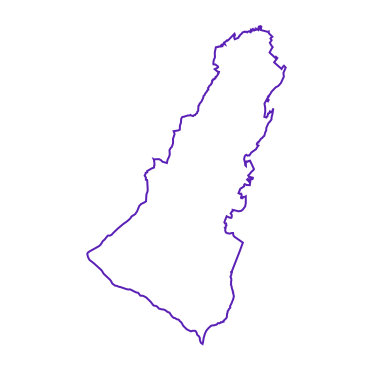 Asuaju De Sus, Maramures, Romania (Natural Earth projection), rotated 260°
{"feature_id": "2599482B13284448425950", "entity_name": "Asuaju De Sus", "entity_type": "district", "adm_level": 2, "iso_a3": "ROU", "parent_name": "Romania", "parent_adm1": "Maramures", "projection": "natural_earth1", "projection_center": [23.177, 47.572], "detail": "fine", "context": "isolated", "style": "outline", "palette": "violet", "viewbox_px": 384, "rotation_deg": 260, "n_neighbors": 0, "source": "geoboundaries", "source_scale": "gbopen_adm2", "svg_char_len": 6071}
<svg xmlns="http://www.w3.org/2000/svg" viewBox="0 0 384 384"><g transform="rotate(260 192 192)"><path d="M330.4,240.6L325.2,238.6L320.7,238.0L318.0,236.3L314.9,235.3L314.0,235.3L313.5,237.2L311.1,239.4L310.4,239.4L309.8,238.4L309.0,235.7L306.1,238.1L305.6,239.4L304.5,238.9L304.5,238.5L304.0,238.1L303.4,238.1L301.7,236.4L301.4,235.5L301.0,235.6L300.7,235.0L299.8,234.7L299.8,233.9L299.2,233.5L299.4,232.6L298.9,232.0L298.4,231.9L298.4,231.4L297.9,231.0L296.2,230.8L295.6,229.9L294.7,229.6L293.2,227.2L292.0,226.5L291.6,225.8L290.0,225.9L289.2,224.5L288.3,224.0L286.9,222.3L285.3,221.2L284.5,220.0L282.8,219.4L279.4,217.0L277.5,214.7L276.5,214.3L276.3,213.8L275.7,213.6L275.5,213.2L271.3,212.3L270.4,211.8L270.0,211.1L268.8,210.7L268.2,209.4L267.2,208.4L267.3,207.6L267.0,206.8L266.6,206.4L267.5,204.5L268.1,203.9L267.8,203.4L268.1,201.1L267.8,199.6L267.8,198.4L267.5,197.5L267.6,195.6L267.0,194.9L266.0,194.1L261.8,193.0L259.7,191.7L255.5,190.8L255.0,189.0L255.1,184.5L253.2,184.9L251.8,184.8L247.6,182.5L244.7,182.1L242.9,181.6L240.0,180.0L239.0,178.6L237.1,177.1L232.7,176.6L230.3,175.3L228.1,173.6L224.9,172.3L227.0,168.1L228.6,167.1L230.0,165.4L230.6,161.9L230.4,160.9L231.1,159.9L230.2,160.1L227.0,160.0L224.6,159.6L224.1,159.1L222.7,158.9L222.1,156.0L221.1,153.4L220.4,151.5L219.1,151.3L218.9,149.7L217.8,149.3L216.3,148.2L214.4,149.1L212.1,148.7L211.7,149.8L211.2,149.9L202.1,148.8L200.2,148.3L197.6,146.7L190.8,145.1L190.1,143.6L189.0,139.8L187.5,137.7L182.7,134.7L180.1,132.3L178.4,128.2L176.6,126.5L174.5,123.2L172.4,118.7L169.0,112.8L165.4,107.4L163.9,105.5L163.3,103.6L163.7,101.8L163.5,101.3L160.2,97.5L159.1,95.6L156.1,93.0L154.9,91.2L151.3,80.8L150.2,78.7L149.1,78.1L145.9,78.3L142.9,79.3L138.7,83.1L130.5,89.4L126.7,90.9L119.9,96.0L117.9,97.0L116.1,97.4L115.0,98.2L113.1,100.1L112.7,101.4L111.3,103.7L110.7,105.2L107.8,110.5L107.0,112.4L106.9,114.1L103.2,119.0L102.5,120.3L102.1,121.5L98.9,123.1L98.3,125.7L96.1,128.6L91.1,132.2L86.9,134.4L86.0,136.8L85.0,137.9L83.0,139.1L81.8,141.5L81.1,143.9L79.8,145.6L78.1,147.1L77.2,148.8L73.3,150.5L72.0,151.4L71.1,152.3L71.0,153.1L69.7,154.5L69.1,155.3L68.9,156.2L68.1,157.1L67.0,157.5L65.4,158.9L61.6,160.2L57.7,163.0L55.0,166.6L55.2,168.2L54.9,170.5L54.4,171.4L53.1,172.0L50.3,172.4L48.8,173.7L47.2,174.3L44.6,174.1L41.9,174.6L40.5,176.0L41.7,176.6L46.1,178.1L50.0,180.0L52.8,181.9L55.1,184.6L56.9,187.5L57.1,189.5L56.8,190.6L57.1,191.8L57.1,193.0L57.4,193.7L58.2,194.4L58.3,195.4L57.9,196.4L58.8,197.9L58.4,198.6L58.7,199.3L58.8,200.6L59.6,200.6L61.2,203.1L62.5,204.5L66.1,205.4L66.7,205.9L68.5,206.5L69.1,207.3L70.0,207.7L70.4,208.2L71.4,209.6L73.0,209.7L75.5,211.6L79.6,214.1L82.0,215.1L83.7,215.1L85.4,214.9L86.1,215.2L86.7,214.8L88.1,215.0L89.4,214.6L93.2,214.5L94.0,214.2L95.2,214.7L96.9,214.8L98.0,215.4L100.2,215.6L101.9,215.2L103.4,216.2L104.6,216.7L106.3,216.6L106.3,217.5L107.3,217.7L125.9,229.0L133.3,233.3L140.8,225.8L142.2,225.2L144.5,225.3L144.7,224.0L144.5,221.8L145.4,219.4L146.4,218.3L148.3,218.0L150.0,218.5L151.0,218.2L151.1,219.0L152.8,219.4L153.1,220.1L153.5,220.1L155.1,220.1L155.3,219.0L156.6,218.6L162.1,221.9L160.4,224.3L159.7,225.9L159.8,226.3L160.3,226.7L162.6,227.2L164.1,226.3L165.7,227.7L165.8,228.5L167.4,228.9L164.9,234.5L164.9,237.2L165.8,238.9L168.5,241.8L171.6,243.0L178.4,244.2L178.0,243.2L178.2,242.6L178.1,241.5L177.5,241.1L177.1,240.5L177.4,239.4L178.3,239.3L179.6,240.2L181.0,240.4L181.9,239.9L181.7,239.5L181.8,238.9L182.8,237.6L183.3,238.1L184.5,238.6L185.0,239.2L186.1,239.5L186.9,240.3L188.5,244.3L190.2,244.7L190.6,245.4L189.4,247.0L188.7,250.1L191.9,251.1L192.2,249.9L193.4,249.4L194.6,248.4L195.0,248.9L194.0,249.8L193.6,251.4L194.5,251.8L194.0,252.8L194.2,253.6L195.1,253.7L195.0,254.3L195.5,254.4L196.2,252.9L195.9,252.4L196.0,251.9L196.6,251.9L196.7,251.5L196.3,250.8L197.0,250.5L198.1,250.6L198.6,250.3L199.3,251.5L201.4,253.8L203.0,256.3L203.8,257.0L212.8,254.6L212.8,253.9L212.4,253.4L212.7,252.7L212.1,251.8L212.6,250.9L211.5,250.1L208.3,249.6L209.0,249.1L211.5,249.3L215.4,249.0L217.9,250.1L218.6,250.7L219.2,252.0L218.1,253.1L218.3,253.8L218.0,254.8L220.6,257.3L223.0,262.4L225.0,264.1L226.2,265.5L227.4,264.1L228.1,264.2L229.0,264.9L229.5,265.6L229.3,266.0L229.9,266.2L230.1,266.8L232.6,269.3L233.0,270.5L234.2,271.8L234.7,272.9L238.6,274.8L239.5,275.7L242.2,276.3L245.2,278.3L246.6,279.3L247.8,281.0L249.7,282.9L251.8,283.3L254.4,284.6L259.2,286.3L260.2,286.4L256.9,284.8L256.8,283.1L257.6,283.2L257.9,282.7L256.2,281.7L256.2,280.8L255.9,280.4L255.1,280.3L254.6,279.8L253.7,279.6L253.1,279.0L252.9,278.3L252.5,278.1L253.4,276.3L258.5,278.1L262.2,278.7L266.4,278.7L269.8,281.4L269.5,281.5L269.1,281.3L269.0,281.6L268.1,282.6L269.3,283.5L270.5,282.7L271.4,282.7L272.7,284.3L273.3,284.5L273.4,284.2L274.4,285.6L277.0,287.8L280.5,292.5L281.5,295.5L283.9,298.5L289.7,302.5L293.4,302.7L298.3,305.9L300.4,304.5L299.4,303.1L297.6,301.6L305.4,295.4L309.1,299.3L310.6,298.1L309.8,297.2L315.8,292.6L319.1,295.1L320.6,296.6L323.0,295.4L325.5,294.6L327.7,296.8L329.5,295.9L330.4,297.0L330.9,298.1L334.8,295.4L335.3,295.2L336.7,295.4L336.6,295.1L335.9,295.0L336.6,294.4L339.6,287.8L343.5,289.2L343.0,288.7L343.5,288.3L343.4,287.8L342.8,287.7L342.7,287.2L342.9,286.8L341.5,286.7L340.4,285.8L341.2,285.6L340.3,285.2L340.9,284.7L340.8,284.1L341.6,283.5L341.3,283.4L341.0,283.6L340.5,283.0L340.6,282.4L340.3,281.4L341.2,281.2L340.8,280.9L341.3,280.4L341.2,279.9L341.7,279.7L341.2,279.1L341.4,278.7L340.9,278.8L341.1,278.4L340.2,278.4L339.6,277.9L340.3,277.6L339.9,277.2L340.3,277.0L340.3,276.7L340.0,276.6L340.4,276.3L340.3,275.3L339.7,274.1L340.1,273.9L340.5,273.2L340.3,272.0L340.8,271.5L340.3,269.4L339.0,268.1L338.7,267.1L337.2,265.8L337.1,265.2L336.4,264.9L335.8,264.4L335.0,260.7L335.9,260.4L337.5,260.5L339.2,261.6L340.5,261.3L335.6,254.6L334.9,253.3L335.3,253.0L335.2,252.5L334.3,251.4L333.6,249.5L331.8,250.0L332.4,249.3L332.0,247.4L331.3,247.8L330.8,247.2L330.3,247.2L330.3,246.2L330.8,246.2L331.1,245.8L330.3,244.9L330.6,243.7L330.4,243.4L330.6,243.1L330.4,242.9L330.3,241.8L330.5,241.0L330.4,240.6Z" fill="none" stroke="#5b21b6" stroke-width="2"/></g></svg>